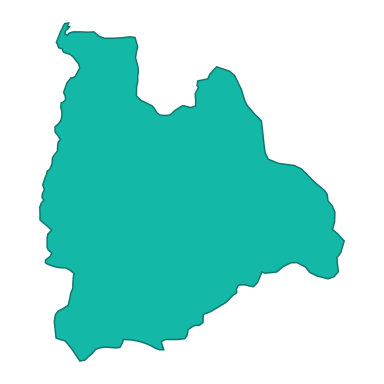 the district of Kota Marudu, Sabah, Malaysia
{"feature_id": "92858781B52597028656426", "entity_name": "Kota Marudu", "entity_type": "district", "adm_level": 2, "iso_a3": "MYS", "parent_name": "Malaysia", "parent_adm1": "Sabah", "projection": "natural_earth1", "projection_center": [116.764, 6.454], "detail": "fine", "context": "isolated", "style": "filled", "palette": "teal", "viewbox_px": 384, "rotation_deg": 0, "n_neighbors": 0, "source": "geoboundaries", "source_scale": "gbopen_adm2", "svg_char_len": 2631}
<svg xmlns="http://www.w3.org/2000/svg" viewBox="0 0 384 384"><path d="M71.5,348.5L79.9,361.0L84.8,360.2L89.2,355.8L92.4,353.4L95.5,349.4L99.6,347.9L105.1,347.1L110.6,347.5L115.8,347.9L119.9,347.5L122.3,343.1L123.4,339.5L131.3,339.9L138.2,341.1L144.7,343.1L150.6,345.5L155.4,348.3L159.5,349.8L163.7,349.8L162.3,345.1L161.3,341.5L165.4,339.5L172.3,339.5L177.5,339.5L184.7,338.7L187.1,335.5L188.1,329.6L194.0,325.6L199.5,325.2L203.0,322.4L203.3,314.5L210.5,311.7L225.7,302.6L233.3,295.0L236.0,293.4L236.7,292.3L236.4,289.1L238.4,285.1L244.6,284.7L249.1,285.9L253.3,286.7L257.4,282.7L261.9,272.0L265.3,273.2L276.7,272.0L282.9,266.8L290.5,262.9L296.7,262.5L305.3,266.8L309.8,272.4L317.0,276.0L328.0,278.8L333.9,276.8L338.4,271.6L337.3,262.9L337.0,257.7L340.8,252.5L344.2,241.0L337.7,233.9L332.5,229.5L334.6,221.6L334.9,212.1L332.1,205.7L328.0,200.9L327.4,195.7L327.3,194.6L324.6,190.6L314.2,181.9L308.0,175.5L301.3,168.8L294.2,165.5L278.1,163.3L268.2,159.2L265.1,152.6L263.8,142.7L262.9,134.0L261.4,120.8L254.5,114.0L247.3,105.6L244.8,100.8L241.5,89.8L234.6,75.5L229.5,71.1L224.3,69.5L216.7,66.8L209.8,74.3L207.8,78.9L197.9,80.9L197.0,85.5L198.5,87.3L195.2,93.9L195.7,101.0L195.5,106.1L190.6,107.6L186.2,106.3L182.7,105.6L174.5,110.7L170.3,115.0L164.4,115.5L159.7,115.0L156.9,112.7L154.0,107.9L152.0,105.8L147.0,103.3L140.8,100.3L136.4,95.9L136.6,86.8L137.7,81.7L137.7,76.1L138.4,71.3L137.9,66.5L137.6,65.5L135.5,57.6L136.4,52.2L137.7,46.9L135.0,37.5L130.2,36.8L121.6,37.8L112.3,38.3L104.6,38.3L98.9,36.2L94.0,31.9L87.2,32.2L81.3,31.9L73.1,31.9L68.9,33.2L67.6,35.2L65.2,34.0L65.2,32.3L65.2,32.2L66.0,30.2L68.0,28.9L69.0,27.3L69.4,26.8L67.2,26.6L68.5,23.5L68.7,23.0L65.3,23.5L64.9,23.5L63.2,26.1L62.1,28.9L60.5,31.7L56.3,42.6L57.4,44.1L58.6,47.7L60.5,48.4L62.3,48.9L63.4,52.0L65.6,53.0L70.2,54.5L73.3,57.1L76.8,61.6L78.6,63.7L79.7,68.0L77.7,71.8L75.3,76.1L73.1,77.9L70.9,77.9L66.9,83.0L63.6,92.4L65.2,95.9L65.6,99.0L64.7,101.0L61.2,103.0L60.8,107.4L61.9,111.4L61.9,116.0L60.8,120.8L58.3,123.9L55.0,126.9L55.2,132.3L57.9,135.6L60.5,139.6L58.3,141.9L57.7,144.7L57.4,151.1L54.6,154.6L52.4,157.9L52.1,163.8L49.7,169.4L47.3,171.1L46.4,174.7L45.1,177.7L42.7,185.1L44.4,189.4L42.4,194.0L42.0,197.3L43.8,200.3L41.3,203.1L39.8,207.0L40.0,213.8L40.0,219.9L42.9,222.5L46.0,225.0L51.7,230.1L48.0,233.9L47.1,238.0L47.1,247.4L48.4,250.2L51.7,252.9L50.4,256.2L45.5,260.1L45.3,262.6L48.0,264.4L55.4,266.9L59.9,267.7L65.8,267.9L70.7,270.7L74.0,273.5L73.3,277.3L72.9,284.2L72.9,288.0L70.7,293.4L70.0,297.4L68.2,305.3L61.6,309.4L58.1,311.1L55.4,314.7L54.3,321.6L56.1,338.1L65.4,341.1L71.5,348.5Z" fill="#14b8a6" stroke="#0f766e" stroke-width="1.5"/></svg>